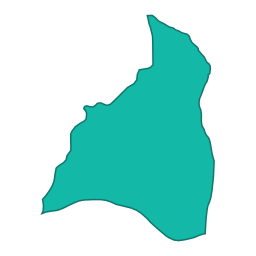 outline of Lèbombi-Leyou, Haut-Ogooué, Gabon
{"feature_id": "22940354B21970441224980", "entity_name": "Lèbombi-Leyou", "entity_type": "district", "adm_level": 2, "iso_a3": "GAB", "parent_name": "Gabon", "parent_adm1": "Haut-Ogooué", "projection": "orthographic", "projection_center": [13.158, -1.435], "detail": "fine", "context": "isolated", "style": "filled", "palette": "teal", "viewbox_px": 256, "rotation_deg": 0, "n_neighbors": 0, "source": "geoboundaries", "source_scale": "gbopen_adm2", "svg_char_len": 1789}
<svg xmlns="http://www.w3.org/2000/svg" viewBox="0 0 256 256"><path d="M42.6,199.3L43.5,205.9L43.0,211.4L41.9,213.6L46.0,212.0L51.9,211.0L57.0,210.4L61.2,209.0L65.0,207.3L68.0,205.7L74.0,202.9L79.0,200.9L83.9,200.0L92.6,199.6L100.6,199.6L105.8,200.3L110.9,201.9L116.0,204.3L123.9,206.2L131.2,208.0L136.5,210.2L141.3,213.3L147.3,218.7L150.5,222.3L154.2,225.7L159.3,230.2L166.0,235.8L168.9,237.7L174.0,240.0L178.5,240.6L184.4,239.8L190.3,238.5L194.4,237.4L199.8,235.1L203.2,234.0L205.2,233.7L205.7,223.9L206.2,217.4L207.0,210.4L207.8,205.8L209.5,201.8L210.8,197.6L212.1,189.6L213.4,177.0L214.0,164.8L214.1,161.1L213.2,157.9L212.0,153.4L210.2,142.8L209.1,138.8L207.8,136.8L206.4,135.2L205.3,133.4L204.1,129.5L202.6,127.0L201.7,124.5L201.3,120.7L201.4,114.5L200.8,110.2L199.2,106.0L199.0,102.3L199.6,98.6L200.8,95.7L202.2,92.2L203.9,87.4L205.2,84.3L207.1,81.1L208.2,77.1L208.1,75.1L209.7,73.7L210.3,69.5L210.1,65.7L208.9,63.8L206.8,62.2L205.5,59.7L204.1,56.9L201.2,53.8L198.4,50.3L198.2,48.5L196.6,46.5L194.2,44.7L191.8,42.3L190.3,39.4L189.2,36.2L187.3,34.3L184.9,33.6L181.6,32.7L180.2,31.8L179.1,31.1L175.4,29.8L173.6,28.2L168.8,26.8L164.6,24.1L158.6,21.1L155.3,17.7L152.3,15.4L147.3,15.6L148.1,18.8L149.0,23.5L150.5,27.7L152.5,35.9L152.8,43.6L153.0,64.8L150.6,67.3L147.5,68.5L139.3,69.8L137.3,74.6L136.8,79.9L133.8,83.8L127.7,87.4L116.9,98.1L110.7,104.1L107.1,105.4L103.7,104.2L100.9,102.9L97.4,103.3L95.1,105.7L92.7,107.0L89.5,106.6L86.8,105.8L84.5,106.6L83.8,108.7L85.0,110.1L86.4,112.3L86.6,115.3L86.0,119.1L84.5,120.9L81.9,122.4L79.3,123.9L75.4,126.7L72.1,131.0L70.7,134.1L70.9,150.3L68.4,153.8L66.9,156.0L66.2,159.8L63.4,162.8L58.8,165.7L56.2,168.1L54.9,174.6L54.7,177.4L53.8,182.0L51.9,186.5L49.3,190.9L45.6,196.0L42.6,199.3Z" fill="#14b8a6" stroke="#0f766e" stroke-width="1.5"/></svg>